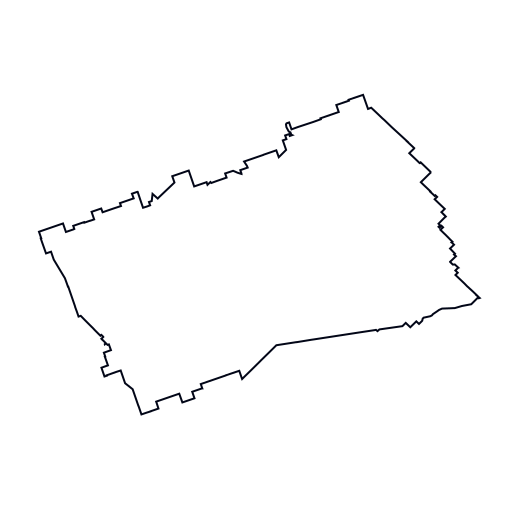 the district of Goomalling, Western Australia, Australia, rotated 251°
{"feature_id": "25037944B4799895230449", "entity_name": "Goomalling", "entity_type": "district", "adm_level": 2, "iso_a3": "AUS", "parent_name": "Australia", "parent_adm1": "Western Australia", "projection": "natural_earth1", "projection_center": [116.79, -31.235], "detail": "fine", "context": "isolated", "style": "outline", "palette": "ink", "viewbox_px": 512, "rotation_deg": 251, "n_neighbors": 0, "source": "geoboundaries", "source_scale": "gbopen_adm2", "svg_char_len": 4016}
<svg xmlns="http://www.w3.org/2000/svg" viewBox="0 0 512 512"><g transform="rotate(251 256 256)"><path d="M373.6,394.4L372.6,394.4L372.6,381.1L365.2,381.1L365.2,373.6L365.2,361.8L364.2,361.8L364.1,353.6L364.3,338.1L364.3,337.3L364.3,337.0L364.2,331.2L364.2,330.8L371.5,330.8L371.5,328.1L371.1,327.6L370.7,327.2L369.0,326.9L367.9,326.7L363.0,327.5L361.7,328.8L360.9,328.8L359.2,328.9L358.5,329.6L358.5,327.0L360.5,327.0L360.5,322.8L356.6,322.8L356.6,319.0L352.5,319.0L346.5,319.0L342.0,309.7L349.3,309.6L349.3,296.0L349.2,295.8L349.2,286.9L349.2,278.8L349.2,275.5L344.1,276.8L342.3,276.9L342.3,273.4L342.3,269.1L338.7,269.1L338.3,269.0L338.5,268.7L338.9,268.2L339.1,267.9L339.6,267.2L340.8,265.6L342.4,263.9L343.9,262.2L344.0,262.1L344.1,253.7L339.7,253.7L339.7,244.8L339.7,243.8L339.6,237.5L340.8,237.0L339.1,233.3L341.9,233.3L341.9,224.4L341.9,220.2L349.8,220.2L358.7,220.2L358.7,202.8L352.0,202.8L343.1,183.3L342.3,181.8L348.4,178.4L341.9,175.3L341.9,172.4L338.4,172.4L338.3,169.2L338.4,164.9L341.9,164.9L346.1,164.9L355.2,165.0L355.3,164.8L355.3,159.8L355.3,159.0L350.3,159.1L350.3,144.6L347.9,144.6L347.2,144.6L347.3,136.9L347.3,125.2L351.3,125.1L351.3,114.9L349.4,114.9L346.9,114.9L343.3,114.9L343.3,110.8L343.4,110.7L343.4,104.5L344.0,104.5L344.0,93.0L340.7,93.0L340.6,92.0L340.6,89.5L340.6,85.8L340.6,84.1L344.0,84.1L349.6,84.1L349.6,58.7L342.7,58.7L342.7,58.2L338.7,58.2L326.8,58.3L326.8,63.6L325.2,63.6L318.4,63.6L297.2,68.1L291.2,68.2L288.4,68.2L288.4,68.3L288.3,68.5L283.0,68.5L274.0,68.5L267.0,68.5L266.7,68.4L261.6,68.5L256.5,68.5L256.5,70.8L251.2,73.3L243.8,76.9L243.7,77.0L242.3,77.6L242.2,77.7L242.1,77.8L239.0,79.2L238.9,79.2L238.7,79.3L231.3,82.9L231.8,84.0L231.0,84.5L230.3,84.8L229.7,85.1L229.3,85.3L229.2,85.3L228.1,83.0L228.1,82.9L227.9,82.9L226.1,83.8L226.0,84.0L225.2,84.3L222.5,85.6L221.9,84.3L221.7,84.3L222.3,85.7L220.3,86.7L220.3,88.1L214.2,88.2L214.1,80.7L210.0,80.7L210.0,80.3L200.8,80.4L200.7,73.5L191.4,73.5L191.4,76.0L191.8,76.0L191.9,86.3L191.8,90.8L183.6,90.8L178.3,90.8L170.2,96.0L163.2,96.0L152.6,96.0L152.4,96.1L143.5,96.1L143.5,101.5L143.4,104.8L143.4,105.8L143.5,105.8L143.5,108.9L143.5,114.1L149.6,114.2L150.8,114.2L150.8,120.3L150.8,138.6L142.0,138.7L141.5,138.7L141.5,151.5L148.4,151.5L148.4,159.4L148.4,161.8L148.3,162.1L152.9,162.1L152.9,177.5L152.9,178.9L152.9,188.5L153.0,188.6L152.9,202.8L144.3,202.8L144.2,202.8L144.3,203.0L145.9,206.3L149.3,213.5L155.4,226.2L155.5,226.3L160.7,237.3L165.0,246.2L161.4,266.2L161.3,266.3L158.8,280.9L158.2,284.1L150.2,328.2L147.3,344.0L147.1,345.4L145.4,346.4L146.4,348.8L144.2,360.2L142.0,371.6L144.0,375.8L138.4,378.7L142.0,386.3L138.7,388.0L140.3,391.4L140.7,392.1L142.0,392.9L142.6,393.3L143.0,394.4L143.1,394.5L142.3,401.2L142.6,403.1L143.4,404.3L144.8,409.5L145.4,411.5L145.7,414.8L143.1,423.4L142.5,425.5L142.1,426.6L142.0,427.4L141.7,434.0L141.7,434.4L141.6,434.9L141.6,435.0L140.3,443.8L141.4,446.1L143.4,450.2L144.1,451.6L144.2,451.8L143.7,452.5L143.5,452.8L143.5,453.8L146.8,451.9L146.8,452.1L152.4,449.2L155.0,447.8L155.1,447.7L155.3,447.6L157.6,446.4L158.0,446.1L159.0,445.6L162.2,444.1L167.6,441.3L173.1,438.4L174.5,441.3L177.4,439.8L179.1,443.4L179.1,443.5L183.3,441.2L183.8,439.3L187.2,437.6L187.3,437.6L190.7,445.0L192.9,443.7L193.4,444.9L199.9,441.9L202.2,446.9L203.6,446.2L205.0,445.5L205.1,445.4L205.5,446.4L208.9,444.7L209.4,444.5L214.8,441.9L215.9,441.3L216.5,441.0L220.7,438.9L222.2,442.2L224.2,441.2L223.0,438.7L224.2,438.1L225.1,440.1L227.1,439.1L230.3,445.5L230.4,445.8L230.6,446.1L231.5,448.3L233.7,447.2L233.7,447.3L237.1,445.6L237.4,446.3L239.1,449.8L246.2,446.1L251.5,443.4L252.9,446.5L255.0,445.4L254.6,444.5L257.0,443.3L260.1,441.6L260.3,442.0L269.1,437.4L272.1,435.9L277.0,446.1L278.2,448.8L278.2,448.7L283.3,446.1L290.9,442.2L290.4,441.2L290.5,441.0L293.5,439.5L303.3,434.4L306.2,440.5L306.3,440.5L306.5,440.7L315.0,436.2L315.0,436.4L333.6,426.3L336.9,424.6L342.6,421.7L345.4,420.1L350.3,417.6L358.7,413.2L358.6,409.8L373.5,409.7L373.6,394.4Z" fill="none" stroke="#020617" stroke-width="2"/></g></svg>